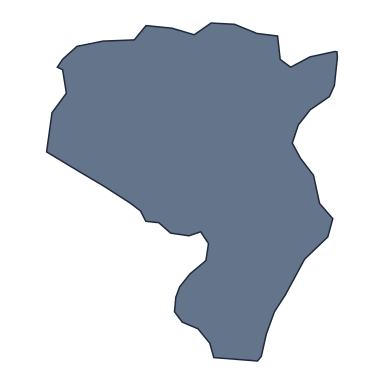 the district of Storfors, Värmland, Sweden
{"feature_id": "70781695B43025182622692", "entity_name": "Storfors", "entity_type": "district", "adm_level": 2, "iso_a3": "SWE", "parent_name": "Sweden", "parent_adm1": "Värmland", "projection": "albers", "projection_center": [14.297, 59.484], "detail": "fine", "context": "isolated", "style": "filled", "palette": "slate", "viewbox_px": 384, "rotation_deg": 0, "n_neighbors": 0, "source": "geoboundaries", "source_scale": "gbopen_adm2", "svg_char_len": 819}
<svg xmlns="http://www.w3.org/2000/svg" viewBox="0 0 384 384"><path d="M46.6,151.9L78.9,171.4L103.3,185.8L130.1,203.0L140.5,210.9L145.8,221.3L158.8,222.7L170.6,233.1L188.9,235.8L200.7,231.8L208.5,243.6L205.9,260.6L190.2,273.7L179.7,286.8L175.8,297.3L174.5,311.7L182.3,322.2L198.0,328.8L209.8,343.2L213.8,357.6L257.5,361.0L261.3,356.4L266.3,334.1L274.4,311.8L285.5,294.6L304.6,259.2L327.8,236.9L332.8,218.7L319.6,203.5L313.5,175.3L300.4,158.2L292.3,143.1L298.3,124.9L310.3,109.7L325.0,99.6L329.4,96.6L334.4,85.5L337.4,57.3L337.0,51.8L334.9,51.5L310.2,56.8L290.6,67.2L280.2,59.4L277.6,36.0L256.7,33.4L234.6,24.3L211.1,23.0L194.2,34.8L172.1,28.2L146.0,25.6L134.3,39.9L103.0,41.1L77.0,46.3L62.6,59.3L57.3,67.2L62.6,69.7L66.4,93.2L52.0,112.7L46.6,151.8L46.6,151.9Z" fill="#64748b" stroke="#1e293b" stroke-width="1.5"/></svg>